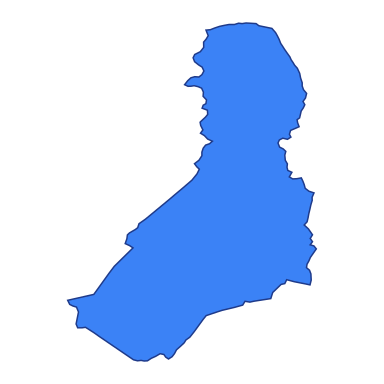 Paripiranga, Bahia, Brazil (Mercator projection)
{"feature_id": "56859067B65778580643910", "entity_name": "Paripiranga", "entity_type": "district", "adm_level": 2, "iso_a3": "BRA", "parent_name": "Brazil", "parent_adm1": "Bahia", "projection": "mercator", "projection_center": [-37.888, -10.599], "detail": "fine", "context": "isolated", "style": "filled", "palette": "blue", "viewbox_px": 384, "rotation_deg": 0, "n_neighbors": 0, "source": "geoboundaries", "source_scale": "gbopen_adm2", "svg_char_len": 2566}
<svg xmlns="http://www.w3.org/2000/svg" viewBox="0 0 384 384"><path d="M271.9,28.4L262.1,26.4L258.8,25.7L256.1,23.6L252.8,23.4L249.8,23.2L246.0,23.0L242.1,23.6L238.6,23.2L234.4,24.5L229.0,24.5L224.1,25.4L219.5,26.4L214.7,28.0L210.4,29.7L206.0,30.1L208.2,35.7L206.1,39.2L203.6,42.1L203.7,47.4L200.3,51.7L194.7,54.5L193.1,57.8L194.6,61.7L198.6,64.9L202.1,67.1L203.9,71.0L201.9,74.7L198.9,77.0L194.8,76.7L190.9,77.8L187.8,80.6L184.6,84.7L188.0,86.3L191.1,86.2L194.1,85.7L198.2,86.7L201.6,88.2L203.4,92.1L203.1,96.3L206.5,99.9L205.9,103.7L203.2,105.2L202.1,108.2L207.4,110.2L207.7,114.4L205.4,117.2L202.7,119.7L200.1,122.2L200.7,125.5L202.9,129.9L200.5,133.2L204.4,135.6L207.7,139.1L212.4,141.2L209.6,143.7L205.6,145.1L203.2,148.2L201.9,152.1L201.9,155.7L199.0,160.2L194.5,163.7L196.8,166.8L199.3,169.2L197.0,173.9L191.9,180.2L182.6,188.2L174.5,195.0L169.1,199.6L145.4,219.2L142.7,221.1L139.0,223.7L137.7,227.7L135.2,229.6L132.4,231.2L129.5,232.9L127.4,234.9L126.9,238.7L125.2,243.6L129.6,245.6L133.0,247.9L114.3,266.3L109.0,273.3L99.8,286.1L93.8,294.4L67.7,300.3L69.7,304.4L72.9,306.0L76.5,307.1L78.5,312.0L76.1,324.0L77.7,327.8L82.0,327.8L85.5,327.3L93.8,332.6L99.6,336.7L133.5,359.8L137.5,360.8L141.1,360.4L144.2,361.0L147.5,360.8L151.3,358.3L155.7,356.3L160.1,353.7L163.9,354.5L165.7,357.1L168.5,359.0L172.1,356.7L174.5,353.6L176.5,349.8L180.9,345.9L184.2,342.8L185.9,340.0L189.9,337.1L194.1,331.8L203.2,319.3L206.2,315.6L216.9,312.0L222.2,310.3L234.4,307.4L242.7,305.1L245.0,301.3L249.9,302.1L254.0,301.2L270.8,298.6L272.7,292.5L281.1,284.4L284.8,283.6L286.7,279.7L294.2,281.7L305.9,284.0L310.0,284.9L311.2,280.1L310.9,273.9L309.5,270.2L306.5,267.7L307.0,264.3L308.9,260.9L310.4,257.4L316.3,248.9L313.9,245.9L310.2,244.8L312.5,241.7L310.2,238.5L312.5,234.8L308.4,228.9L304.2,225.0L307.1,221.8L308.1,217.6L308.8,213.7L309.9,209.2L310.9,204.7L312.2,200.4L312.1,197.3L314.0,192.9L308.9,191.2L305.2,188.3L304.2,184.6L302.9,181.2L301.3,177.9L296.8,178.7L292.7,178.9L289.3,176.9L291.9,172.3L287.8,170.4L287.0,167.2L287.4,163.9L285.3,160.3L284.8,155.1L285.8,151.4L283.2,148.9L279.6,147.1L278.0,143.0L279.4,139.9L282.8,138.2L287.5,139.3L290.9,137.1L289.4,134.3L290.6,130.4L295.8,128.2L299.1,126.7L297.6,122.7L297.1,119.7L299.6,117.9L300.4,114.5L301.2,111.0L303.3,107.9L304.8,104.7L303.0,101.5L305.5,98.0L306.6,93.4L303.5,89.7L302.2,86.0L302.2,82.8L300.6,78.0L299.7,73.4L297.3,68.2L294.6,65.2L293.0,62.5L291.1,59.7L289.9,56.9L287.1,53.0L284.4,49.1L282.5,46.1L280.7,43.4L279.1,39.3L277.3,35.7L275.5,32.5L271.9,28.4Z" fill="#3b82f6" stroke="#1e3a8a" stroke-width="1.5"/></svg>